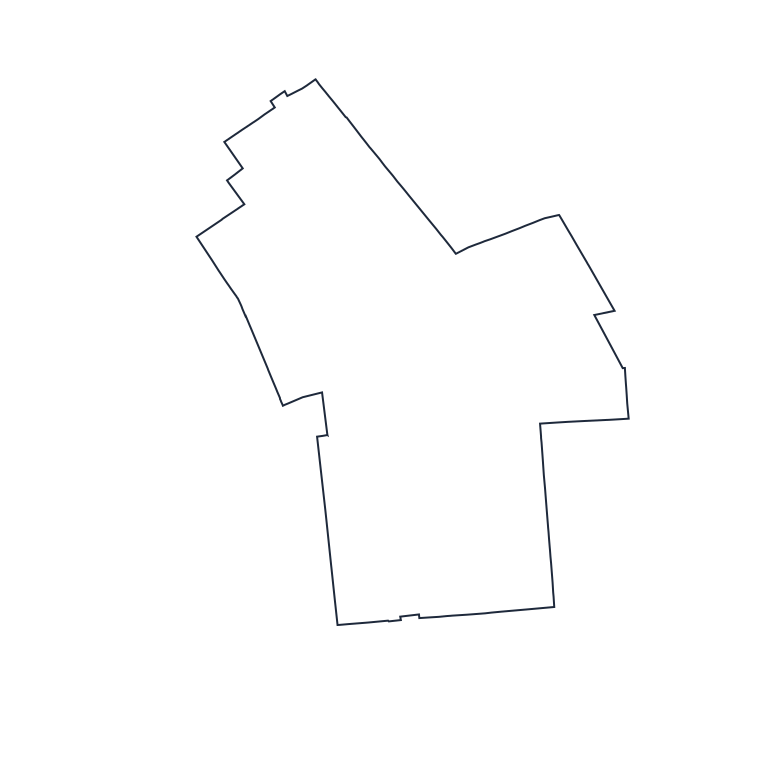 Bradeanu, Buzau, Romania (Albers equal-area conic projection), rotated 299°
{"feature_id": "2599482B91105412745830", "entity_name": "Bradeanu", "entity_type": "district", "adm_level": 2, "iso_a3": "ROU", "parent_name": "Romania", "parent_adm1": "Buzau", "projection": "albers", "projection_center": [26.862, 44.9], "detail": "fine", "context": "isolated", "style": "outline", "palette": "slate", "viewbox_px": 768, "rotation_deg": 299, "n_neighbors": 0, "source": "geoboundaries", "source_scale": "gbopen_adm2", "svg_char_len": 2902}
<svg xmlns="http://www.w3.org/2000/svg" viewBox="0 0 768 768"><g transform="rotate(299 384 384)"><path d="M514.8,586.9L514.3,586.1L513.6,585.1L513.8,584.8L520.8,574.0L546.3,534.5L559.8,550.2L564.4,542.6L587.0,505.4L587.7,504.1L588.9,502.2L589.6,501.0L590.0,500.3L598.9,485.3L604.4,476.2L607.7,470.5L613.7,460.4L616.4,455.8L616.7,455.2L615.6,453.9L612.6,450.6L608.5,446.0L607.7,445.1L606.9,444.2L602.8,440.7L597.2,436.2L590.8,430.8L586.0,427.0L579.7,421.7L574.4,417.4L571.5,414.9L570.1,413.7L567.8,411.7L562.1,406.8L557.5,402.6L556.7,402.0L553.8,399.6L550.5,396.7L544.6,391.7L544.2,391.4L532.8,383.8L532.7,383.7L535.7,377.0L538.5,370.3L541.1,364.0L542.0,361.5L545.0,354.4L549.2,343.7L552.0,336.7L560.7,314.9L564.0,306.8L565.7,302.4L567.5,297.6L570.5,290.7L572.2,286.3L574.8,279.5L576.4,275.8L578.7,270.7L583.8,257.5L583.9,257.0L586.4,251.2L589.4,244.0L593.1,235.6L597.3,225.9L599.0,222.1L598.8,221.1L599.2,220.2L606.6,202.2L608.6,197.1L609.3,195.3L609.7,194.5L609.8,194.1L611.0,191.2L612.7,186.8L614.7,181.9L616.1,179.1L616.4,178.4L616.5,178.0L617.0,177.1L617.1,176.8L617.3,176.5L617.3,176.4L615.2,175.4L609.2,172.5L607.7,171.8L602.6,169.1L598.7,166.4L592.9,162.5L589.0,159.8L592.0,155.2L586.9,152.6L584.3,151.4L576.5,147.7L572.9,154.4L561.8,148.8L554.8,145.6L549.9,143.1L549.6,142.9L537.4,136.6L518.3,127.0L504.1,155.9L494.2,151.7L486.0,148.0L485.3,149.4L484.8,150.3L482.8,154.6L473.5,174.7L460.9,168.3L450.1,162.7L449.0,162.4L421.9,148.6L408.6,174.1L403.0,184.4L402.2,186.0L398.3,193.5L397.0,196.1L395.7,198.7L395.6,199.0L393.0,204.2L390.2,210.1L389.2,212.3L388.4,213.6L388.0,214.7L387.5,215.4L386.9,216.2L385.6,218.0L383.7,220.6L382.6,222.0L381.0,223.8L376.1,230.1L376.4,230.2L369.6,238.8L369.0,239.6L341.0,275.0L340.4,275.6L336.5,280.5L332.7,285.3L327.6,291.8L325.4,294.5L323.1,297.5L321.3,299.8L321.1,299.9L320.4,300.4L319.5,301.7L319.0,302.2L318.2,303.2L317.8,303.8L316.6,305.4L316.0,306.1L317.8,307.4L320.4,309.5L333.0,319.3L346.6,333.9L312.1,359.1L311.9,359.3L311.9,359.2L310.1,357.0L308.8,355.4L308.5,355.0L305.5,351.0L285.5,365.2L245.3,393.8L235.9,400.4L198.9,426.3L198.5,426.6L169.7,446.8L165.6,449.7L150.7,460.2L151.7,461.8L156.7,469.2L167.7,485.8L179.0,502.3L178.7,503.3L181.4,507.1L185.7,513.2L188.4,511.0L199.4,526.3L196.4,528.4L201.3,536.0L207.1,545.1L211.6,551.6L213.6,554.7L214.3,555.7L214.5,556.0L222.7,568.8L232.1,583.1L232.5,583.7L236.3,589.0L241.7,596.9L256.8,619.3L271.5,641.0L280.1,635.5L283.6,633.1L292.1,627.7L308.3,617.0L313.7,613.3L319.2,609.7L321.7,608.0L329.2,603.0L334.4,599.6L337.9,597.2L339.6,596.1L343.5,593.5L359.8,582.7L370.7,575.5L381.9,567.9L394.6,559.7L399.5,556.5L409.3,550.1L413.0,547.5L414.1,546.9L418.5,544.0L422.7,541.2L425.0,539.7L434.0,553.7L440.0,563.1L448.6,576.9L456.0,588.9L460.6,596.3L461.5,597.8L468.4,608.7L472.3,614.8L485.0,606.1L491.9,601.7L498.7,597.3L501.1,595.7L507.9,591.3L514.8,586.9Z" fill="none" stroke="#1e293b" stroke-width="2"/></g></svg>